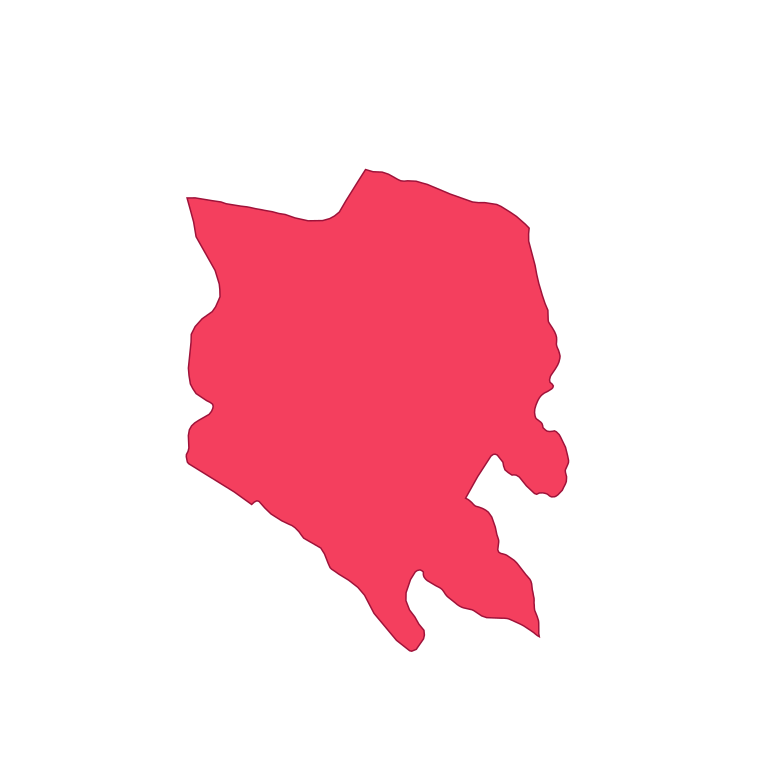 El Palmar, Retalhuleu, Guatemala (Albers equal-area conic projection), rotated 302°
{"feature_id": "79465075B16576514502159", "entity_name": "El Palmar", "entity_type": "district", "adm_level": 2, "iso_a3": "GTM", "parent_name": "Guatemala", "parent_adm1": "Retalhuleu", "projection": "albers", "projection_center": [-91.616, 14.698], "detail": "fine", "context": "isolated", "style": "filled", "palette": "rose", "viewbox_px": 768, "rotation_deg": 302, "n_neighbors": 0, "source": "geoboundaries", "source_scale": "gbopen_adm2", "svg_char_len": 4119}
<svg xmlns="http://www.w3.org/2000/svg" viewBox="0 0 768 768"><g transform="rotate(302 384 384)"><path d="M556.1,254.7L542.5,254.6L519.4,254.6L506.2,255.0L500.3,253.0L495.5,250.3L490.1,245.4L482.2,233.2L477.7,220.5L475.4,210.4L472.9,204.5L470.9,197.9L468.0,190.8L466.9,187.8L464.7,182.4L462.7,176.7L461.6,173.9L459.0,168.4L453.2,154.6L452.0,149.3L448.4,141.1L441.8,125.3L437.4,118.4L428.5,128.1L420.5,136.7L409.3,146.6L390.8,180.6L381.5,191.3L377.0,194.8L371.1,198.7L366.6,199.4L360.2,200.3L354.4,200.0L343.0,195.2L332.6,193.4L324.0,194.2L317.4,198.1L293.8,209.7L287.8,214.2L281.4,219.8L278.7,224.4L276.3,229.7L275.9,242.3L276.3,246.4L276.0,249.4L274.6,250.9L272.7,251.7L269.5,252.2L265.6,251.8L255.0,246.1L250.7,244.1L246.5,243.0L242.0,243.2L236.6,245.4L226.4,252.4L223.1,253.5L219.5,253.8L217.5,254.9L215.5,256.8L213.6,258.6L212.9,260.6L213.1,314.0L211.7,335.6L215.2,336.6L217.6,338.1L218.2,340.3L215.7,348.7L213.9,357.1L213.8,369.8L214.7,377.6L215.2,380.9L215.0,384.7L213.7,390.1L212.1,393.9L210.7,397.6L211.4,417.3L208.4,423.5L202.1,432.0L199.7,435.6L199.2,437.6L199.1,441.5L198.8,446.5L198.9,458.0L197.7,469.6L194.6,479.4L184.2,497.1L173.2,530.5L171.4,547.1L172.1,549.1L176.1,552.0L178.6,552.1L188.8,552.6L192.5,551.3L196.3,548.4L198.8,540.9L202.8,533.6L205.9,525.4L211.9,517.4L218.7,513.3L232.3,510.1L241.2,510.1L243.4,511.0L245.5,513.1L245.7,515.2L245.5,516.9L243.0,518.5L241.6,520.1L240.6,522.6L240.2,524.9L240.4,534.5L240.5,535.9L240.7,537.8L240.8,540.0L240.5,542.3L239.9,543.9L239.3,545.3L238.2,547.6L237.5,549.7L237.2,551.3L236.1,560.7L235.8,562.7L235.7,564.4L235.7,566.0L235.9,568.2L236.3,570.0L237.2,572.6L238.3,575.8L239.2,578.3L239.4,580.4L239.1,589.8L240.3,594.9L241.4,596.8L243.9,601.2L248.1,608.5L249.0,609.9L250.3,612.5L250.8,613.9L251.1,615.3L252.4,625.0L252.7,627.5L252.9,630.6L252.7,638.9L252.5,642.7L252.2,644.7L251.9,647.5L252.0,649.6L254.5,647.4L256.0,646.5L258.4,645.0L263.4,641.8L265.1,640.5L268.0,637.1L270.7,633.4L271.9,631.7L274.0,630.0L276.1,628.6L277.9,627.2L280.0,626.0L281.9,624.7L283.2,623.4L284.3,622.4L286.0,620.9L288.0,618.9L292.8,615.1L294.6,613.1L295.7,611.2L297.1,606.8L297.5,605.3L298.3,603.2L302.5,591.8L303.4,587.9L303.6,584.4L303.7,581.7L303.8,579.3L303.7,577.7L302.9,574.8L302.2,572.8L302.2,570.4L303.7,568.3L307.6,566.5L310.8,565.0L312.3,564.0L313.9,562.2L316.1,559.5L320.6,555.2L321.8,554.0L328.3,545.9L330.6,540.4L330.9,537.2L330.8,534.7L330.6,533.0L329.9,529.7L328.9,526.3L329.1,524.6L329.5,522.9L330.0,521.2L330.5,518.1L330.6,516.4L330.4,513.7L355.1,512.5L379.5,512.9L382.1,513.9L383.4,515.4L383.8,517.7L380.7,526.3L377.9,528.8L375.3,532.1L374.7,536.4L374.6,540.8L375.8,542.3L376.8,544.5L376.8,548.1L373.1,558.7L370.9,569.6L371.4,571.9L373.9,573.5L375.8,576.3L376.6,578.4L377.1,580.2L377.1,581.9L376.8,583.8L377.0,585.8L378.7,588.3L379.8,589.2L382.2,590.2L388.4,591.5L391.7,591.1L393.3,591.0L395.4,590.8L397.9,590.3L400.7,588.8L402.2,587.9L403.3,586.7L405.0,584.9L406.6,583.6L407.9,583.2L410.4,582.9L413.7,582.4L415.3,582.0L417.0,581.0L420.6,577.6L426.5,571.5L432.6,561.8L433.9,559.4L434.8,555.5L434.6,553.4L433.5,552.3L431.5,549.7L430.5,547.4L430.5,545.5L431.2,542.0L432.9,540.5L434.2,538.9L434.7,537.3L435.1,533.5L435.2,531.7L435.8,530.4L437.3,528.7L439.7,526.7L442.8,525.1L446.8,524.0L450.4,523.4L452.0,523.2L454.8,523.1L457.4,523.4L458.8,523.8L461.4,524.8L464.6,526.8L467.3,528.1L468.8,528.8L470.4,529.1L472.1,528.6L473.0,526.7L473.4,523.9L475.2,522.2L478.5,521.1L480.0,521.0L482.7,521.1L487.4,521.3L492.1,521.2L495.4,520.7L499.0,519.5L501.0,518.5L503.0,516.5L505.0,514.2L506.4,512.1L507.6,510.5L509.2,509.0L511.0,508.1L513.1,506.9L515.0,505.6L516.8,503.7L518.7,501.0L520.8,497.0L522.7,492.8L523.9,490.5L525.3,489.3L533.4,483.9L537.6,477.9L543.2,471.1L545.9,468.1L551.2,462.1L557.8,455.5L564.6,449.3L581.8,431.0L587.9,427.1L593.1,424.5L594.4,419.2L596.3,407.6L596.6,400.1L596.6,389.2L596.0,384.5L591.2,373.3L587.9,368.1L585.3,362.7L580.1,339.2L576.2,314.9L574.7,309.9L573.0,303.8L568.8,296.3L566.7,293.6L565.2,290.5L564.8,287.3L564.3,276.7L563.5,273.3L562.7,270.1L560.8,266.8L558.2,262.2L556.1,254.7Z" fill="#f43f5e" stroke="#9f1239" stroke-width="1.5"/></g></svg>